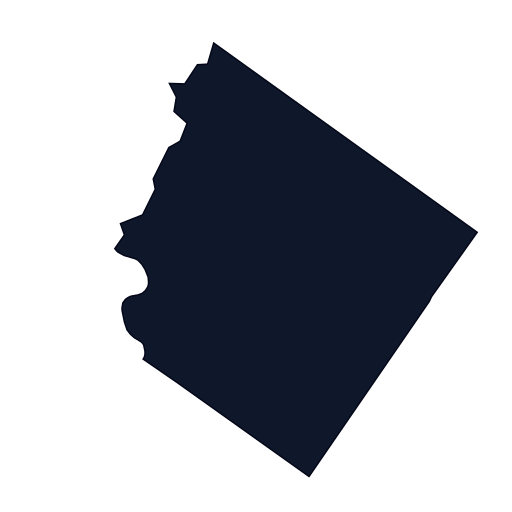 Andrew, Missouri, United States of America (Mercator projection), rotated 35°
{"feature_id": "52423323B15965719285225", "entity_name": "Andrew", "entity_type": "district", "adm_level": 2, "iso_a3": "USA", "parent_name": "United States of America", "parent_adm1": "Missouri", "projection": "mercator", "projection_center": [-94.923, 39.975], "detail": "fine", "context": "isolated", "style": "filled", "palette": "ink", "viewbox_px": 512, "rotation_deg": 35, "n_neighbors": 0, "source": "geoboundaries", "source_scale": "gbopen_adm2", "svg_char_len": 801}
<svg xmlns="http://www.w3.org/2000/svg" viewBox="0 0 512 512"><g transform="rotate(35 256 256)"><path d="M424.0,194.0L423.1,188.5L423.6,109.7L99.2,105.8L106.3,126.6L98.3,132.9L98.9,155.9L86.1,164.3L99.6,171.5L105.9,184.6L123.4,186.7L128.0,205.5L122.4,217.1L127.6,251.8L135.2,259.1L139.5,287.4L126.4,307.2L136.1,314.2L136.1,330.9L138.4,331.6L140.8,332.0L147.7,331.2L158.4,327.6L161.4,327.1L167.1,328.2L172.8,330.6L179.8,335.2L183.4,339.6L184.7,342.2L185.1,344.3L185.2,347.8L184.3,351.6L182.0,355.2L176.6,360.7L175.1,363.2L173.9,366.4L173.8,370.7L175.9,375.2L177.4,377.3L186.0,385.5L192.8,390.5L198.0,392.1L203.0,392.7L210.8,392.2L213.2,392.5L215.1,393.4L219.5,397.5L221.2,399.8L222.4,402.4L222.7,405.2L263.2,404.9L425.9,406.2L424.0,194.0Z" fill="#0f172a" stroke="#020617" stroke-width="1.5"/></g></svg>